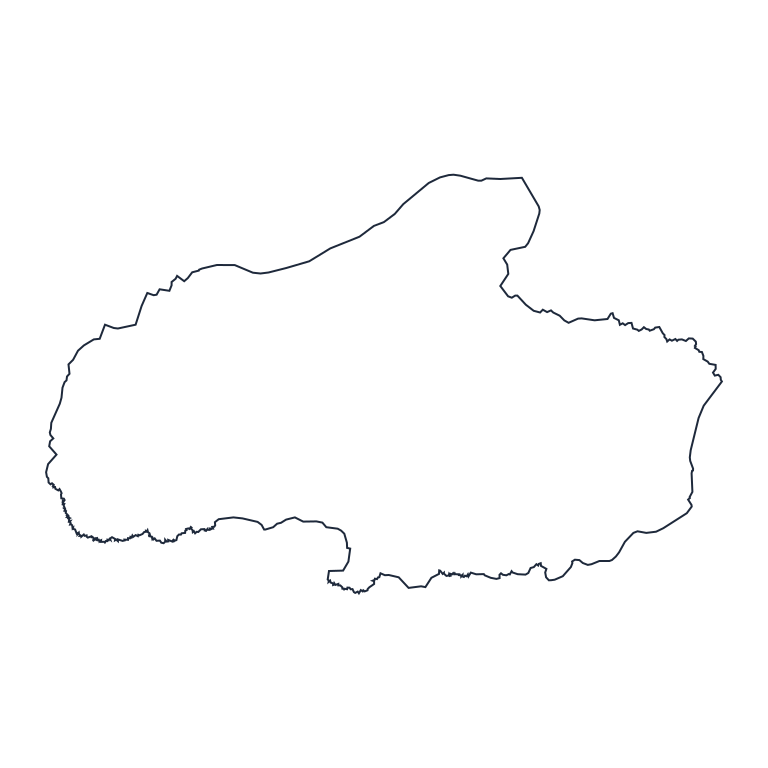 outline of Khlong Khlung, Kamphaeng Phet, Thailand
{"feature_id": "78962969B33766889028899", "entity_name": "Khlong Khlung", "entity_type": "district", "adm_level": 2, "iso_a3": "THA", "parent_name": "Thailand", "parent_adm1": "Kamphaeng Phet", "projection": "robinson", "projection_center": [99.623, 16.235], "detail": "fine", "context": "isolated", "style": "outline", "palette": "slate", "viewbox_px": 768, "rotation_deg": 0, "n_neighbors": 0, "source": "geoboundaries", "source_scale": "gbopen_adm2", "svg_char_len": 6011}
<svg xmlns="http://www.w3.org/2000/svg" viewBox="0 0 768 768"><path d="M721.9,381.5L720.8,379.8L720.6,377.2L718.3,374.8L714.8,375.6L713.0,372.6L715.7,368.9L715.6,364.9L709.3,363.8L707.7,361.6L703.3,359.1L703.4,355.9L701.9,352.0L699.3,351.8L698.7,350.2L694.9,347.9L695.6,346.4L694.9,345.9L696.1,344.1L695.8,341.6L692.7,338.6L688.8,338.4L685.9,341.0L681.9,339.4L678.4,339.7L677.1,340.9L675.4,339.0L671.9,340.7L669.6,339.4L667.2,341.5L666.4,339.1L664.4,337.0L664.5,335.0L662.8,333.3L659.3,327.0L655.2,327.6L653.9,329.2L649.7,330.7L648.8,329.5L646.2,329.0L643.9,327.2L641.6,329.5L638.8,330.9L637.4,329.7L633.0,328.5L631.5,322.9L628.2,323.1L625.1,325.1L622.7,323.3L619.9,324.8L618.8,320.3L614.0,317.9L612.6,313.2L610.8,313.7L607.5,319.0L594.6,320.3L581.7,318.4L578.1,318.6L568.6,322.8L564.3,320.4L559.7,315.7L553.2,312.5L551.0,310.4L547.1,312.1L542.8,309.7L540.1,312.5L533.7,310.8L525.8,304.7L517.4,295.6L515.2,295.6L511.8,297.7L508.1,296.3L500.3,286.0L508.3,273.9L507.2,264.6L503.4,258.3L510.5,249.9L525.2,246.8L528.1,243.2L533.6,231.1L539.3,213.5L539.7,210.0L538.7,206.4L521.9,177.8L500.3,179.0L486.3,178.4L481.3,180.7L478.3,180.7L460.4,175.7L453.5,174.7L448.7,175.1L440.0,177.4L428.7,183.0L403.3,204.1L394.8,213.9L383.9,222.1L373.9,225.9L359.5,236.7L330.3,248.4L309.2,261.3L286.3,268.0L268.5,272.5L260.5,273.5L252.9,272.7L234.8,265.1L216.9,265.0L202.1,268.5L199.1,269.7L198.8,270.6L192.2,272.3L187.8,278.1L184.2,281.2L177.1,275.9L175.6,278.8L171.6,282.0L171.6,285.3L169.4,290.8L159.6,289.3L156.6,294.7L153.7,295.2L147.3,293.0L141.6,306.0L135.6,324.7L117.9,328.5L113.8,328.0L105.0,324.7L99.7,338.8L93.8,339.4L83.9,345.4L78.0,350.7L73.1,359.8L68.5,364.4L69.5,373.8L67.0,376.5L66.5,380.4L64.6,382.1L62.5,387.7L61.5,397.7L59.8,403.7L51.3,422.8L50.9,428.9L49.8,432.4L50.4,435.0L53.3,438.4L50.1,441.3L49.2,446.3L56.5,454.6L48.1,464.1L46.1,472.2L46.9,476.8L48.3,478.3L48.6,482.5L50.5,484.3L52.0,483.3L53.7,484.8L52.9,486.1L53.8,486.5L53.5,487.3L55.1,487.1L55.4,488.8L58.3,490.4L59.5,489.1L60.9,491.5L61.6,493.2L61.0,494.4L61.3,498.3L63.9,498.7L64.6,500.1L63.7,501.4L62.8,500.9L62.6,502.8L63.4,503.4L63.0,504.1L64.2,504.1L63.6,505.4L64.8,508.1L64.1,508.3L65.2,509.3L64.5,510.8L66.0,511.1L65.7,512.9L68.0,515.3L67.0,515.7L67.6,516.4L67.2,516.9L68.5,516.8L69.1,517.4L68.6,517.9L69.5,518.2L68.5,518.7L69.2,519.3L68.9,521.6L70.2,521.2L69.7,521.9L70.6,523.0L70.1,524.5L71.1,524.3L72.2,525.3L72.6,528.5L73.1,528.0L73.0,528.8L75.1,529.5L76.7,533.6L77.8,533.0L77.7,534.1L78.8,532.8L79.0,534.2L80.2,535.3L79.8,535.9L81.2,535.8L81.3,536.7L83.8,534.5L84.6,535.8L86.6,535.4L86.7,536.7L87.8,537.6L91.4,536.3L91.6,537.2L92.6,537.0L93.6,538.2L93.4,539.4L94.3,538.8L94.2,540.0L95.1,539.3L96.4,539.9L96.4,538.2L97.1,538.0L97.9,540.1L98.8,539.8L99.2,541.0L100.6,540.4L100.2,541.4L101.1,541.0L101.1,541.9L104.3,541.8L104.9,542.5L105.9,541.0L107.2,541.1L107.4,539.7L108.7,540.3L109.5,538.9L110.3,539.6L110.0,538.6L112.0,537.2L115.2,539.0L115.0,540.3L116.2,539.6L117.9,541.1L117.9,539.4L122.6,540.9L124.7,540.4L124.5,539.6L128.0,539.8L128.0,538.2L130.0,538.3L130.4,536.9L131.6,537.6L132.4,535.5L133.3,536.8L135.7,535.1L137.9,536.2L138.3,534.8L139.5,535.3L142.5,534.0L144.2,532.0L145.9,531.8L145.9,531.0L146.7,531.5L147.5,530.2L148.0,532.2L149.5,533.3L150.0,535.1L149.0,535.3L149.2,536.2L151.8,536.7L152.3,538.9L152.8,538.2L153.4,539.4L154.7,538.4L156.5,540.8L159.9,540.6L161.3,542.7L163.6,543.2L165.2,541.7L165.2,539.8L166.7,541.6L168.3,541.4L168.2,539.9L172.6,541.7L173.3,541.5L172.7,540.6L173.5,539.7L174.8,540.7L176.4,540.1L177.3,536.2L179.0,534.5L180.9,534.6L181.6,533.3L185.1,532.9L185.3,530.6L186.5,530.1L186.1,529.0L188.3,528.4L189.5,529.0L190.8,527.0L191.5,527.6L190.8,528.4L192.6,530.2L192.8,532.1L193.9,531.2L195.1,533.3L196.7,531.8L198.3,532.0L200.9,529.3L204.5,529.1L205.1,529.9L204.8,530.5L206.0,530.9L207.4,529.0L207.8,529.8L209.6,529.9L210.6,529.4L210.0,528.5L213.0,528.6L212.3,526.9L214.3,526.7L215.2,525.3L214.9,522.2L218.7,519.2L233.4,517.4L242.5,518.4L257.6,521.9L261.6,524.9L264.1,529.5L265.5,529.5L273.2,527.2L277.1,523.7L281.0,522.8L286.1,519.6L294.9,517.4L303.2,521.6L316.4,521.4L322.4,522.6L326.3,527.2L337.7,528.7L341.1,530.6L344.3,533.7L346.9,542.7L347.1,547.9L350.2,548.6L348.4,561.6L343.1,570.6L329.0,571.0L327.7,579.5L328.8,580.6L328.6,581.9L330.1,580.6L330.7,582.6L333.1,583.4L333.1,585.0L334.2,584.6L334.4,583.4L335.4,584.9L338.3,583.9L338.3,585.4L340.3,585.4L342.2,587.2L342.4,588.7L343.6,588.6L344.1,589.4L344.7,588.8L347.1,589.2L347.4,587.6L349.5,587.7L350.7,589.3L352.5,589.1L353.9,592.1L355.2,592.9L357.7,591.6L358.9,593.3L360.8,590.1L362.7,591.4L363.3,590.3L364.7,591.4L367.5,590.3L367.7,589.0L369.3,587.3L374.1,584.0L374.1,581.2L372.7,580.7L374.6,579.9L374.9,578.7L377.0,579.1L378.0,577.4L379.3,577.2L380.5,573.3L384.9,575.2L388.8,575.0L398.7,577.3L408.6,587.9L421.1,586.3L425.4,587.1L431.4,577.8L439.0,573.9L439.2,570.4L440.2,570.7L442.7,573.9L443.9,572.8L443.9,573.6L446.4,575.9L448.8,575.5L449.0,574.6L449.6,576.0L450.7,575.7L450.3,573.8L452.2,574.3L453.2,573.1L454.0,574.1L454.7,573.3L455.1,574.2L459.2,574.3L459.0,575.1L461.1,575.3L461.2,576.5L462.6,574.9L462.6,576.5L463.9,577.0L465.0,575.7L466.7,576.3L467.9,574.4L468.5,576.4L470.8,572.6L476.2,574.3L483.8,574.1L484.7,575.3L490.7,577.8L496.4,578.9L499.6,578.1L499.5,574.8L501.0,573.3L502.9,574.8L506.4,575.3L508.8,574.0L509.8,574.4L511.6,571.2L512.6,572.5L517.7,574.2L525.5,574.6L528.3,573.0L530.6,568.0L533.8,567.1L536.4,564.2L538.2,565.5L538.8,563.9L540.7,563.2L541.0,565.9L546.4,568.9L545.2,572.5L546.1,577.3L548.9,580.3L551.2,580.2L554.7,579.7L562.8,576.2L570.9,567.0L572.4,563.1L572.1,561.5L574.9,559.7L579.4,560.1L582.8,563.0L587.8,564.9L591.5,564.2L599.4,561.0L609.4,561.0L612.0,560.0L615.9,556.5L619.1,552.3L624.9,541.8L633.4,532.9L637.5,531.3L646.3,532.9L656.1,531.7L663.3,528.2L686.8,513.2L691.7,506.6L691.5,504.9L688.1,499.6L689.9,498.0L689.6,497.1L692.4,491.9L691.6,473.3L692.1,470.8L693.0,470.5L693.1,468.7L690.2,460.9L689.8,457.4L690.7,450.2L698.6,418.0L703.7,405.7L721.9,381.5Z" fill="none" stroke="#1e293b" stroke-width="2"/></svg>